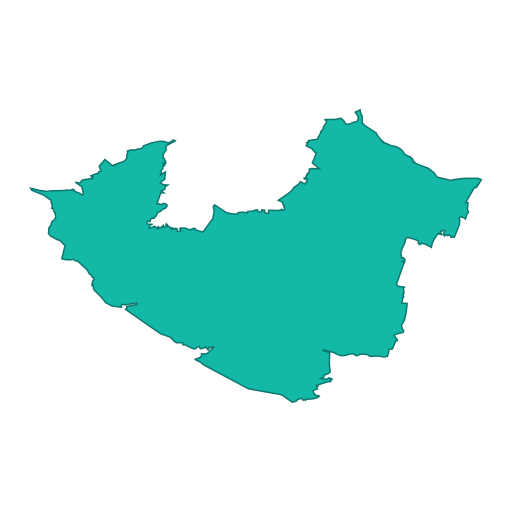 Prunisor, Mehedinti, Romania
{"feature_id": "2599482B58600020979646", "entity_name": "Prunisor", "entity_type": "district", "adm_level": 2, "iso_a3": "ROU", "parent_name": "Romania", "parent_adm1": "Mehedinti", "projection": "robinson", "projection_center": [22.902, 44.608], "detail": "fine", "context": "isolated", "style": "filled", "palette": "teal", "viewbox_px": 512, "rotation_deg": 0, "n_neighbors": 0, "source": "geoboundaries", "source_scale": "gbopen_adm2", "svg_char_len": 6064}
<svg xmlns="http://www.w3.org/2000/svg" viewBox="0 0 512 512"><path d="M292.3,402.2L296.0,401.3L297.3,399.8L301.8,398.1L302.9,400.1L304.8,399.8L305.5,400.3L305.8,399.4L313.8,398.7L317.1,397.7L319.3,396.2L318.7,395.6L316.3,395.7L313.7,392.9L313.1,390.6L317.4,388.9L316.6,386.2L317.2,386.1L316.9,385.4L318.3,385.8L318.2,384.8L326.7,382.0L330.7,381.5L330.4,380.1L332.1,379.5L331.4,378.5L329.8,379.2L330.5,378.6L329.2,377.8L326.6,379.2L320.7,378.6L323.0,377.6L324.0,376.6L324.1,375.2L328.3,373.6L330.2,372.0L329.3,363.8L329.7,352.7L327.9,352.2L328.0,351.7L323.6,350.9L323.4,350.0L332.8,352.2L340.2,355.6L344.3,355.6L350.9,353.8L353.3,354.0L356.5,355.8L360.6,354.2L364.8,354.2L367.7,354.7L370.1,356.4L378.6,356.0L384.0,357.0L387.4,356.3L388.8,351.6L388.7,349.5L392.4,348.9L395.7,341.0L397.3,340.7L397.2,339.7L394.1,335.3L396.1,334.1L403.1,332.4L403.7,331.3L401.8,327.3L401.5,325.1L404.3,320.5L406.1,312.9L407.2,303.4L401.8,303.2L402.8,298.1L402.3,297.8L403.8,296.8L403.1,294.1L404.0,293.2L403.5,288.4L404.4,287.1L398.6,286.4L396.3,284.7L404.0,262.9L404.6,262.2L402.5,261.3L404.9,260.6L404.8,259.3L403.1,257.6L402.4,258.3L401.5,258.0L401.4,255.3L400.7,253.8L401.9,249.0L404.9,242.6L405.4,239.3L407.3,237.3L414.6,239.3L418.3,240.9L418.3,243.1L419.2,244.5L420.8,244.3L421.4,243.0L426.0,244.5L431.4,247.4L432.1,243.5L434.2,239.2L437.8,233.8L440.8,234.4L439.4,233.1L441.2,233.6L440.2,232.4L440.9,231.1L441.7,231.5L441.9,230.4L444.8,230.8L443.6,233.8L444.1,235.4L444.8,236.0L445.8,234.7L447.9,235.6L449.0,234.9L450.9,236.1L450.7,237.1L454.3,237.2L459.5,224.5L459.7,219.3L459.0,218.7L459.2,217.4L461.2,216.9L463.5,217.5L465.5,219.0L466.4,215.3L468.3,212.2L467.4,209.3L468.0,202.6L465.6,202.6L474.5,187.4L476.2,187.6L477.5,185.8L477.3,185.0L478.1,185.0L481.3,179.7L478.0,178.3L463.5,178.4L453.2,179.7L451.2,180.5L437.1,177.1L433.9,172.6L428.1,168.2L416.6,163.9L414.9,162.6L413.6,162.5L414.0,161.9L412.5,160.9L413.1,160.2L412.4,158.8L411.9,159.0L411.1,157.6L410.0,157.3L409.9,156.5L409.1,156.6L404.5,154.1L402.6,150.9L399.6,148.3L395.2,146.3L392.0,146.0L385.2,143.0L384.6,143.3L383.6,142.0L382.8,141.4L382.7,141.9L377.6,135.7L376.1,132.9L365.5,126.0L362.1,122.8L362.3,116.9L360.2,111.7L360.1,109.8L355.2,112.2L358.3,116.7L357.8,120.1L356.9,121.5L353.0,122.4L350.1,123.9L346.1,124.3L343.5,120.5L341.0,118.3L335.2,119.4L324.4,119.6L326.5,120.7L326.3,122.5L323.7,126.6L323.1,128.9L320.7,131.8L321.0,132.2L317.2,139.3L308.3,140.6L308.3,142.1L306.7,142.7L307.6,143.4L306.2,145.8L311.7,148.5L314.4,151.8L316.4,153.1L312.3,162.9L319.4,168.8L311.4,168.5L309.3,169.1L309.3,172.7L307.9,173.1L307.2,174.0L307.3,174.7L306.8,174.6L305.6,177.4L306.3,178.4L304.2,178.0L304.3,179.0L307.6,179.2L306.8,180.9L307.2,181.2L304.9,184.0L300.4,181.7L298.4,184.4L293.7,187.5L292.2,190.1L288.7,193.2L278.3,200.3L282.6,202.3L282.7,204.2L284.3,205.7L283.9,206.7L284.8,208.5L284.3,210.0L281.7,209.9L282.5,209.0L279.0,210.5L268.6,210.3L268.4,213.4L266.4,213.4L264.5,212.2L264.7,210.2L261.7,209.9L261.5,212.0L257.8,211.7L257.6,209.9L255.8,209.9L252.4,211.1L247.4,211.6L247.1,212.9L242.0,212.1L238.1,212.7L238.1,213.7L236.5,214.1L231.4,213.8L226.1,212.4L214.6,204.9L213.3,206.6L214.2,211.2L212.6,219.5L211.9,219.8L202.9,232.1L195.2,229.8L195.4,228.7L193.5,228.3L192.3,228.8L191.8,229.6L190.7,229.3L190.2,229.9L185.0,228.1L180.2,228.0L179.8,228.9L181.1,230.7L178.9,231.6L177.2,231.2L177.5,229.5L176.4,228.4L175.4,228.3L175.3,229.2L174.6,229.2L172.2,227.8L171.8,229.4L169.7,226.9L168.2,226.1L167.3,226.4L167.4,224.8L166.3,223.9L165.7,226.4L164.6,227.3L163.8,227.4L163.3,225.3L162.4,226.2L162.5,227.0L159.6,227.7L158.9,227.2L158.6,228.0L158.3,227.2L158.3,228.2L157.9,228.3L157.9,227.1L156.8,228.2L154.5,226.2L151.4,227.7L148.9,228.0L150.2,225.4L151.7,224.4L147.1,224.0L146.7,222.8L147.3,221.2L150.0,221.6L150.8,218.7L154.4,218.1L154.4,217.3L156.0,216.2L157.7,212.5L160.4,211.5L161.6,210.0L165.8,207.9L167.1,206.0L167.0,205.0L164.8,203.5L163.1,203.4L161.7,204.7L159.0,203.8L157.3,204.2L157.0,203.7L160.8,192.7L163.7,192.8L161.2,191.0L164.7,189.3L165.4,186.5L167.7,185.0L163.8,184.8L160.5,183.2L161.4,181.6L164.6,179.5L165.3,173.0L165.4,171.9L160.4,175.2L161.4,172.8L161.2,170.4L162.7,168.9L163.1,166.3L163.7,166.2L163.5,165.5L164.7,165.1L164.9,164.4L163.1,163.2L164.2,163.0L164.6,163.7L165.3,163.7L165.7,162.9L165.5,161.0L164.8,160.6L164.3,158.5L162.9,157.5L163.5,153.7L166.3,149.7L165.9,148.7L166.1,145.9L175.2,140.8L174.1,140.2L172.6,140.2L172.0,141.2L168.4,142.9L164.2,141.5L160.0,141.2L151.1,143.0L143.5,145.9L142.3,147.9L141.1,148.7L137.4,149.1L134.7,150.2L131.6,149.8L127.5,150.9L127.7,152.6L126.9,154.8L126.8,158.1L125.7,159.7L123.7,161.5L116.2,164.0L115.4,165.3L114.3,164.6L112.6,165.8L104.9,159.5L99.4,165.9L99.5,167.6L100.6,169.7L100.9,171.4L98.9,171.7L98.3,173.4L98.0,173.1L90.9,175.8L91.5,177.0L93.0,176.9L92.6,178.4L83.7,179.7L81.5,180.6L80.8,182.3L79.7,183.0L75.3,182.2L82.3,187.1L82.0,188.6L83.1,190.5L82.7,191.5L83.4,193.4L82.6,195.3L79.9,193.3L74.7,191.4L73.6,190.6L74.2,189.9L73.3,189.3L69.5,190.4L67.0,189.9L65.0,190.5L50.6,190.8L47.3,191.5L39.6,190.4L30.7,188.2L31.9,190.4L43.0,194.7L51.2,200.4L51.2,202.3L52.5,206.2L51.6,208.2L52.8,208.5L54.7,213.1L55.2,213.0L55.7,216.9L54.5,219.9L52.0,221.4L50.5,226.1L48.9,227.6L48.5,233.5L50.6,236.0L57.3,239.7L60.1,240.5L65.0,245.7L61.8,258.8L65.7,259.7L71.4,259.8L73.1,259.2L75.5,260.9L77.8,261.1L87.5,270.3L89.1,273.6L91.5,275.3L92.3,277.3L93.8,277.8L94.0,279.4L92.6,281.1L91.9,285.1L93.0,284.5L92.7,285.3L94.1,290.0L102.4,298.3L105.6,302.6L111.7,305.9L121.5,307.3L121.5,304.7L124.7,304.4L124.8,304.9L136.8,302.8L137.1,304.5L126.7,306.5L126.9,309.2L125.0,309.0L160.4,333.7L170.2,337.1L174.3,341.4L176.3,342.7L182.8,342.8L183.0,344.9L184.2,344.5L193.4,348.8L195.4,348.8L197.3,347.0L199.3,346.5L200.2,348.6L201.0,348.8L204.9,347.6L205.7,346.7L208.1,350.0L208.9,349.2L208.5,348.5L208.9,347.2L210.9,347.7L212.6,346.7L213.6,347.3L208.0,352.9L206.0,353.8L201.5,353.9L201.6,355.3L200.3,357.4L195.2,359.3L196.2,360.2L200.4,362.1L202.9,364.3L210.4,368.5L248.4,388.8L280.4,394.5L282.7,395.5L292.3,402.2Z" fill="#14b8a6" stroke="#0f766e" stroke-width="1.5"/></svg>